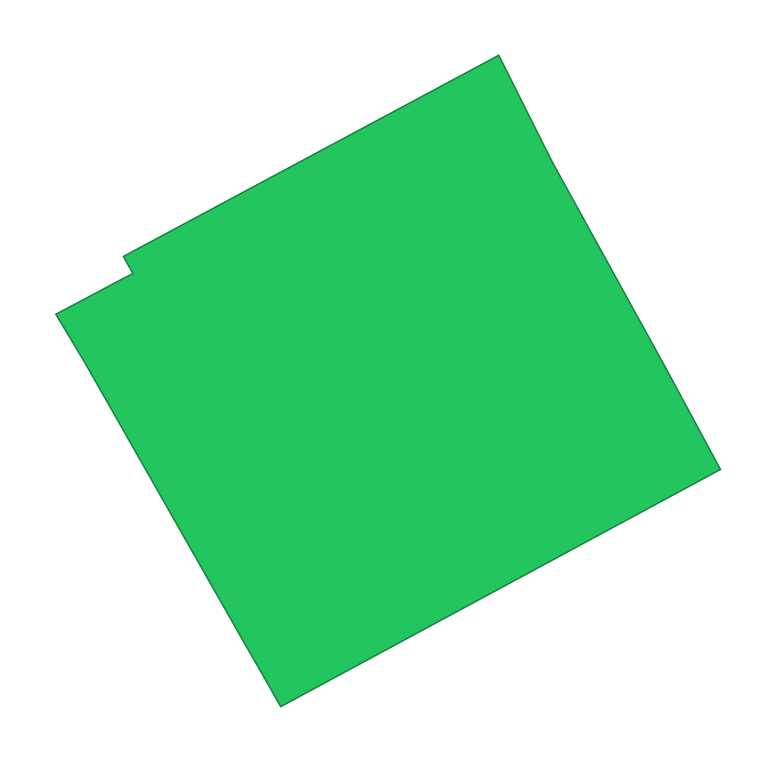 the district of Hillsdale, Michigan, United States of America, rotated 62°
{"feature_id": "52423323B70338109854849", "entity_name": "Hillsdale", "entity_type": "district", "adm_level": 2, "iso_a3": "USA", "parent_name": "United States of America", "parent_adm1": "Michigan", "projection": "mercator", "projection_center": [-84.638, 41.885], "detail": "fine", "context": "isolated", "style": "filled", "palette": "green", "viewbox_px": 768, "rotation_deg": 62, "n_neighbors": 0, "source": "geoboundaries", "source_scale": "gbopen_adm2", "svg_char_len": 410}
<svg xmlns="http://www.w3.org/2000/svg" viewBox="0 0 768 768"><g transform="rotate(62 384 384)"><path d="M580.7,627.8L583.7,627.7L620.2,626.7L620.4,626.7L617.4,127.0L501.2,127.7L266.2,131.2L147.6,128.3L149.0,554.2L155.4,554.1L168.5,553.9L168.3,577.1L168.4,584.6L168.4,591.0L168.4,607.8L168.4,625.6L168.3,641.0L225.3,638.1L541.6,629.1L580.7,627.8Z" fill="#22c55e" stroke="#15803d" stroke-width="1.5"/></g></svg>